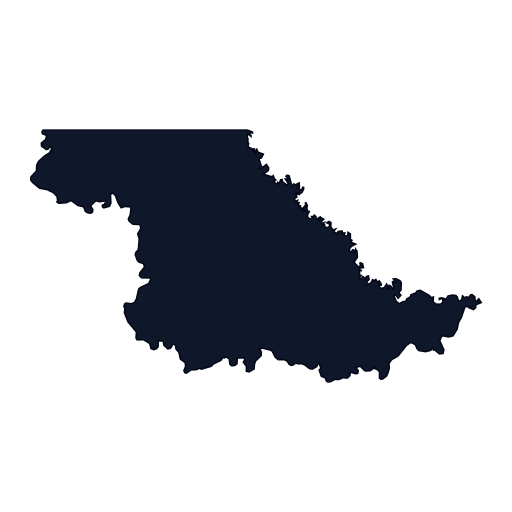 outline of El Encanto, Amazonas, Colombia
{"feature_id": "7082276B15462988930410", "entity_name": "El Encanto", "entity_type": "district", "adm_level": 2, "iso_a3": "COL", "parent_name": "Colombia", "parent_adm1": "Amazonas", "projection": "orthographic", "projection_center": [-72.847, -1.998], "detail": "fine", "context": "isolated", "style": "filled", "palette": "ink", "viewbox_px": 512, "rotation_deg": 0, "n_neighbors": 0, "source": "geoboundaries", "source_scale": "gbopen_adm2", "svg_char_len": 6087}
<svg xmlns="http://www.w3.org/2000/svg" viewBox="0 0 512 512"><path d="M43.0,130.1L42.0,131.8L42.3,133.7L45.9,135.2L46.5,136.8L45.4,139.7L41.3,143.1L41.5,146.2L46.3,149.6L48.4,149.0L49.6,147.0L51.6,148.0L51.8,147.3L51.8,148.7L49.4,152.9L44.8,155.7L38.7,161.2L36.7,165.0L36.4,171.0L30.9,176.9L30.7,180.0L32.4,182.3L39.6,188.3L47.0,189.6L53.4,192.7L57.0,196.4L57.9,202.4L56.2,201.4L58.7,203.3L66.6,202.7L69.7,201.0L71.6,200.9L77.8,205.5L83.1,206.7L85.0,208.7L84.2,208.3L85.4,211.5L88.2,213.0L91.0,213.2L92.6,212.0L92.8,209.5L90.6,205.8L95.8,200.8L99.7,201.8L104.5,201.0L106.0,201.6L106.6,202.7L106.1,203.5L104.7,204.2L104.9,202.5L104.6,204.2L102.3,205.2L102.5,207.0L103.8,207.9L109.5,206.3L110.9,203.1L110.5,194.5L112.4,192.9L115.2,195.2L118.2,203.1L121.2,207.8L124.8,206.5L131.0,207.0L130.3,214.5L128.3,219.0L129.0,221.0L132.8,224.2L139.8,224.6L140.6,227.0L140.5,228.9L137.7,233.8L139.2,239.0L138.3,249.6L135.7,252.6L135.2,254.7L137.4,260.6L139.3,262.3L143.3,263.5L144.6,266.9L140.0,272.6L139.3,275.5L141.5,277.8L150.2,278.0L150.8,279.0L148.7,283.5L140.3,287.5L138.6,289.2L136.4,299.0L134.2,302.8L130.9,303.7L126.0,303.0L124.7,303.9L123.8,306.5L124.9,308.4L124.4,312.7L128.0,321.9L136.4,332.0L136.0,338.0L137.2,339.9L143.5,339.7L149.7,343.5L151.0,348.6L153.8,349.7L156.5,348.7L158.1,346.8L158.3,340.0L159.5,341.0L163.2,341.1L163.9,345.3L167.9,349.0L170.6,348.2L173.0,344.1L174.4,344.3L175.6,345.8L176.0,349.0L178.9,352.4L180.4,359.2L185.1,362.5L185.6,366.4L183.8,370.8L185.3,373.1L186.7,373.0L191.1,369.9L196.2,369.7L199.4,368.3L201.5,369.2L211.2,366.3L213.4,364.0L221.0,360.3L223.0,357.3L224.3,358.0L225.5,356.9L229.1,358.6L229.9,364.3L231.6,365.8L234.8,365.5L237.0,363.7L237.3,358.1L244.0,357.9L244.8,359.5L243.3,362.2L246.4,366.3L246.3,371.3L249.1,371.9L254.2,368.9L254.5,364.1L255.6,361.0L261.1,355.8L261.4,352.4L260.0,349.0L262.1,348.1L270.8,350.2L272.2,351.3L275.2,357.2L278.2,359.7L284.5,359.7L287.4,361.4L289.0,364.2L290.8,365.3L292.7,365.2L295.9,363.0L298.1,363.9L301.4,363.6L304.8,365.0L309.6,368.7L312.5,369.1L316.7,366.6L318.7,362.4L320.8,368.0L319.2,370.3L321.3,376.3L325.3,377.9L326.3,381.0L327.6,381.9L330.1,381.9L334.9,379.4L339.0,379.5L343.0,377.7L347.3,378.1L349.9,375.7L350.4,372.2L355.8,373.8L357.7,373.4L358.3,370.8L356.2,367.7L358.7,366.5L360.7,366.7L364.6,370.7L366.1,371.0L370.3,370.7L374.9,367.4L375.0,368.7L377.8,369.8L379.5,372.2L379.4,378.1L380.8,379.2L382.7,379.0L386.5,376.1L387.9,373.0L389.4,368.1L388.9,364.1L389.9,362.0L391.9,359.5L398.1,356.0L406.5,345.4L410.2,342.8L411.9,342.8L415.4,344.8L416.9,348.5L418.9,350.6L425.6,351.7L430.6,350.4L432.9,348.0L433.5,350.1L434.3,349.7L439.4,353.9L443.0,353.5L443.9,349.8L439.7,340.6L441.4,336.9L442.6,335.8L448.6,337.0L453.0,335.9L457.2,329.1L458.4,322.8L461.4,317.5L465.1,306.5L469.8,307.0L469.1,307.8L473.5,309.6L475.6,307.7L475.9,304.8L481.3,302.6L478.8,298.7L476.7,301.1L475.2,300.9L474.8,296.7L472.1,294.6L470.8,294.7L468.3,297.8L466.8,296.7L464.8,297.7L462.5,295.8L461.7,299.6L459.8,301.1L458.2,300.3L457.3,297.0L455.9,295.5L452.5,295.0L448.0,296.0L446.1,299.0L441.5,297.8L439.2,298.3L439.4,299.5L441.2,298.5L442.4,298.9L443.1,302.0L440.7,304.1L436.5,304.2L433.2,302.0L433.4,296.9L431.6,297.8L429.1,295.3L420.2,290.3L417.2,290.9L415.6,293.0L411.0,294.7L410.4,296.8L406.7,298.9L405.7,301.4L403.1,301.6L399.2,303.7L396.1,301.1L394.0,295.8L395.7,294.9L398.1,298.3L400.9,295.3L398.7,292.5L401.0,290.1L401.3,282.5L399.9,280.6L395.8,278.6L393.3,279.0L395.1,280.8L395.4,282.4L394.7,282.9L393.3,281.3L392.4,281.8L393.8,288.6L393.2,289.6L390.6,285.9L389.0,285.4L388.7,288.5L387.0,289.3L387.6,286.0L386.6,284.0L384.1,287.8L380.6,288.3L378.5,285.4L381.3,285.1L381.4,284.3L379.4,280.9L377.3,281.9L375.8,279.4L374.3,280.7L372.0,279.3L373.6,281.0L371.8,281.1L370.8,283.1L366.4,284.4L367.5,281.1L369.1,279.6L368.5,275.9L366.6,276.3L364.7,279.3L363.8,277.0L362.7,276.6L360.4,279.4L359.4,277.7L361.1,275.5L358.3,275.7L359.7,274.8L359.5,270.8L362.0,270.6L359.5,269.8L359.7,268.2L363.5,267.6L362.6,263.7L360.2,262.7L359.9,263.8L361.7,265.2L360.2,265.3L359.6,267.0L358.7,267.0L354.0,262.4L357.4,257.3L357.0,251.1L355.7,249.2L355.7,251.5L354.6,252.7L355.0,251.0L353.3,249.7L352.4,249.9L351.4,252.2L349.1,250.7L350.0,248.0L351.7,246.2L355.7,244.1L350.8,242.1L352.0,240.3L350.4,239.4L350.4,233.9L347.9,232.3L347.8,235.1L346.5,236.1L344.2,235.3L344.9,232.9L342.1,233.0L342.2,231.0L338.2,231.4L336.9,233.4L334.7,232.2L333.7,231.3L335.5,229.1L333.0,230.0L330.8,226.8L331.0,222.6L329.1,221.4L326.6,222.7L329.4,224.1L329.6,226.0L327.9,227.6L325.0,227.1L324.5,224.4L322.3,225.7L323.9,222.7L322.3,223.6L321.4,221.5L323.8,219.2L320.7,217.5L320.2,220.2L318.6,220.9L320.0,217.1L318.8,217.6L319.0,219.3L315.9,217.9L315.9,216.5L314.3,215.1L313.6,216.4L311.5,216.5L312.3,217.9L310.3,219.1L307.4,217.0L307.7,214.5L309.3,211.5L307.7,211.1L306.8,208.3L307.4,205.7L306.0,202.7L305.3,203.2L306.0,204.6L304.8,205.8L306.2,207.3L304.3,206.6L302.5,208.7L305.1,210.5L301.9,210.5L301.8,208.1L299.4,207.5L300.6,206.1L298.0,204.4L299.0,202.7L296.8,202.7L297.7,200.4L295.6,201.3L294.6,199.3L295.1,197.8L296.8,197.3L296.0,192.8L297.4,194.2L298.8,192.2L298.7,194.2L299.5,194.6L300.2,193.0L301.7,192.9L303.7,189.1L303.6,187.3L302.7,187.3L301.6,190.1L296.9,188.5L297.2,186.8L298.3,188.4L299.5,187.9L299.2,182.9L297.0,183.9L297.9,185.8L293.8,183.9L292.1,186.5L289.1,175.7L287.0,175.2L285.9,176.3L288.8,179.0L285.2,179.0L288.3,183.4L286.9,185.0L282.5,181.7L282.2,179.5L280.6,179.8L279.2,183.7L277.8,182.4L277.8,183.9L276.8,183.8L274.4,182.4L274.4,181.1L275.8,180.0L274.8,179.1L273.6,180.4L274.1,177.8L273.2,175.6L272.3,176.6L270.8,176.4L263.3,174.2L268.3,170.6L268.8,168.1L266.5,164.4L260.2,169.0L258.9,168.2L259.7,166.9L261.8,167.3L258.9,158.6L261.4,158.0L263.4,154.1L258.2,152.3L256.5,148.5L256.5,152.8L255.1,153.5L255.4,151.5L252.9,151.1L253.3,149.5L254.8,150.5L254.4,148.9L252.6,149.0L250.7,150.4L251.7,148.6L247.9,146.7L248.7,143.4L247.6,142.8L248.1,141.3L247.3,140.4L248.1,139.6L247.3,137.0L247.7,133.7L251.0,136.4L250.9,135.1L249.2,134.5L250.7,132.6L252.6,133.0L252.3,131.9L247.5,130.1L43.0,130.1Z" fill="#0f172a" stroke="#020617" stroke-width="1.5"/></svg>